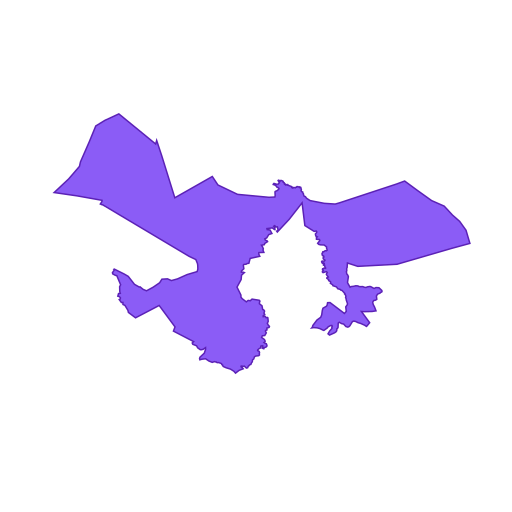 Santa María Ecatepec, Oaxaca, Mexico (Natural Earth projection), rotated 279°
{"feature_id": "50627088B69410007292717", "entity_name": "Santa María Ecatepec", "entity_type": "district", "adm_level": 2, "iso_a3": "MEX", "parent_name": "Mexico", "parent_adm1": "Oaxaca", "projection": "natural_earth1", "projection_center": [-95.911, 16.222], "detail": "fine", "context": "isolated", "style": "filled", "palette": "violet", "viewbox_px": 512, "rotation_deg": 279, "n_neighbors": 0, "source": "geoboundaries", "source_scale": "gbopen_adm2", "svg_char_len": 6157}
<svg xmlns="http://www.w3.org/2000/svg" viewBox="0 0 512 512"><g transform="rotate(279 256 256)"><path d="M354.6,139.8L350.9,139.4L374.9,98.3L366.4,85.6L359.4,77.4L342.9,73.5L321.5,67.9L316.9,67.6L302.8,58.9L287.1,46.7L287.4,70.0L286.9,95.2L285.6,95.3L283.0,94.1L282.5,96.0L282.6,96.5L245.2,190.0L243.1,197.1L239.3,199.4L237.7,199.9L234.0,200.6L231.4,200.3L226.9,190.9L221.1,182.0L218.5,176.3L219.6,172.2L218.4,166.7L214.5,165.0L209.1,159.3L204.5,153.3L205.4,149.7L207.4,146.3L207.1,145.5L209.0,140.4L215.9,133.0L217.6,128.6L220.9,118.1L220.6,117.7L220.1,118.3L217.1,116.8L215.9,117.3L214.9,120.1L214.8,121.6L206.4,126.8L204.4,126.1L199.6,127.0L197.9,127.8L197.4,126.1L194.7,125.8L194.5,127.3L193.6,128.6L192.4,128.7L191.6,127.7L189.0,130.3L189.3,131.8L187.3,132.2L186.7,134.3L182.3,138.0L180.3,138.8L176.1,146.7L192.0,168.1L173.3,187.1L168.9,186.2L161.7,207.8L160.1,206.6L158.9,207.4L158.0,211.4L156.2,212.7L154.8,215.5L154.8,216.4L155.5,218.3L157.6,220.5L155.9,220.8L151.9,220.1L147.3,216.5L145.8,216.3L144.7,216.8L145.6,218.7L146.6,222.3L144.9,225.9L144.1,229.4L145.2,231.5L145.0,232.4L145.2,233.0L144.6,234.3L144.9,235.8L144.5,238.0L144.3,238.8L143.4,239.2L143.1,240.1L142.4,240.3L141.7,241.1L140.9,244.1L140.3,248.4L138.7,252.2L137.1,254.1L140.4,257.2L142.6,261.0L143.6,260.0L143.9,258.9L144.5,258.5L145.0,258.6L145.1,260.8L145.4,261.7L143.8,264.0L144.3,265.2L146.2,265.7L146.4,266.2L147.4,266.6L148.1,267.9L149.9,268.3L150.9,268.9L152.8,268.8L154.0,269.9L156.1,270.2L157.1,271.3L158.0,274.3L158.8,274.9L160.4,274.5L161.2,274.6L162.2,274.1L162.6,273.5L162.5,272.9L163.1,272.3L163.6,272.4L165.2,273.8L166.0,275.1L167.7,274.8L168.1,275.4L168.0,275.8L168.4,276.5L168.2,276.9L166.0,276.7L165.6,277.8L165.7,278.3L166.7,278.3L167.6,280.1L168.5,280.8L169.5,280.8L171.0,279.9L171.1,278.9L171.8,277.4L172.7,278.2L173.2,278.4L174.3,277.8L174.9,277.3L176.4,274.3L178.2,274.7L178.8,277.1L181.7,278.2L182.9,277.2L183.9,277.1L184.7,278.4L186.5,278.0L187.5,280.1L188.6,280.3L189.8,278.8L191.3,277.7L193.3,278.3L196.8,277.4L197.1,276.9L196.6,275.7L197.8,274.6L197.2,272.6L198.0,272.4L199.6,273.8L200.8,272.8L202.9,273.1L204.0,272.1L204.2,271.0L207.8,269.7L209.4,266.8L211.9,266.7L212.1,266.9L212.8,266.1L212.8,258.8L210.9,257.3L210.9,255.2L209.2,253.6L211.7,249.0L213.0,247.6L215.1,247.2L222.3,242.1L230.4,245.0L234.8,244.7L237.8,247.1L238.0,245.9L237.7,244.1L238.8,243.9L241.5,246.0L245.0,244.9L245.7,245.2L246.4,247.6L247.1,248.3L247.7,250.1L252.7,250.6L256.3,259.8L258.4,258.4L259.8,258.3L260.8,263.2L262.9,262.0L264.3,262.1L266.0,261.1L267.5,259.7L268.5,262.5L269.7,262.6L272.0,265.2L272.6,264.8L273.2,262.7L274.3,262.0L275.6,263.8L279.1,265.2L280.7,268.2L283.9,265.8L283.8,262.9L284.8,262.5L286.3,267.7L285.0,270.1L285.1,270.6L286.8,270.1L288.1,268.8L288.9,269.7L287.8,271.2L288.1,272.6L284.8,273.8L283.8,272.5L283.0,273.3L297.5,283.1L315.7,293.2L293.7,299.5L289.4,309.6L290.1,311.5L289.5,312.2L288.6,312.2L287.0,311.2L285.1,311.9L284.5,313.5L283.7,312.8L282.0,313.1L282.2,316.1L281.2,316.6L278.2,314.9L277.3,316.1L277.1,317.8L277.5,321.6L276.0,324.3L274.9,324.4L273.0,325.4L272.2,324.8L272.1,323.5L271.0,322.5L270.7,321.4L270.2,321.5L268.9,320.8L267.3,321.2L266.5,322.9L265.7,323.2L265.6,322.6L264.1,322.7L263.6,323.1L262.8,324.7L262.4,324.8L261.6,324.2L261.3,322.0L260.6,321.7L259.4,322.4L259.2,322.9L259.4,322.8L259.8,323.8L259.4,324.6L258.5,324.6L258.0,324.0L257.5,324.1L257.7,325.1L256.2,325.7L255.0,326.7L254.7,326.5L254.7,325.1L254.1,324.6L253.8,323.8L252.8,323.8L252.3,324.7L250.7,324.0L250.1,324.7L250.2,325.2L251.3,327.2L251.5,328.1L251.3,328.5L250.7,329.0L249.8,328.5L248.7,328.4L246.6,330.7L245.6,329.4L245.1,329.4L244.0,331.5L243.3,331.5L242.9,331.9L242.4,333.5L241.8,333.9L240.7,333.7L239.5,336.3L238.7,336.6L238.1,340.2L237.5,341.0L236.5,341.7L236.1,344.6L235.6,345.0L235.4,346.4L232.9,349.6L232.4,349.4L231.6,350.4L230.2,351.1L228.8,351.0L228.2,351.6L226.7,352.0L223.3,353.8L222.2,353.8L219.8,352.6L215.4,353.8L213.1,352.3L221.6,336.4L221.1,334.0L218.5,333.9L217.4,333.4L214.9,330.3L212.6,330.0L208.2,330.1L205.6,329.5L202.3,326.2L196.3,323.0L194.5,322.8L193.7,322.3L194.3,324.2L194.6,327.6L194.3,330.4L193.1,334.3L193.2,334.8L196.1,337.7L197.4,338.4L199.0,340.6L199.3,341.8L198.7,342.2L198.1,342.3L197.7,342.0L196.3,342.3L193.5,340.5L190.4,339.3L189.4,341.0L192.4,345.6L193.4,346.7L194.7,347.4L196.8,347.3L197.4,347.9L198.3,348.2L202.6,347.7L203.6,348.6L202.6,351.1L202.5,353.2L200.4,355.8L200.1,357.8L200.8,358.9L201.7,359.6L206.3,361.5L207.0,362.8L206.9,364.7L206.1,367.2L205.8,369.8L204.6,374.2L203.7,376.1L204.0,376.4L207.9,378.7L217.7,368.8L218.0,371.9L219.4,379.5L220.6,383.1L224.1,381.1L226.4,379.4L228.2,378.6L229.0,378.6L230.4,379.2L231.1,381.0L232.1,382.1L235.3,381.2L237.0,381.9L237.6,382.4L238.6,384.2L239.6,384.9L240.1,385.8L241.0,386.0L241.7,385.6L243.9,382.4L243.6,379.4L242.4,377.7L243.7,374.1L243.7,373.1L242.9,370.7L242.1,369.6L242.1,367.9L242.5,366.2L242.0,363.6L242.0,362.3L242.4,361.4L242.2,359.2L241.4,357.3L240.7,354.8L239.9,353.8L243.8,350.7L244.4,350.5L250.0,350.5L251.4,349.7L252.6,348.4L254.8,347.7L255.5,348.0L257.9,347.5L258.9,347.8L263.4,347.4L261.7,358.1L269.9,396.6L294.3,448.4L301.9,465.3L314.3,459.4L322.1,451.7L327.2,443.6L334.7,434.1L338.2,420.8L346.1,405.0L353.3,391.1L349.1,383.6L321.6,330.2L319.7,326.1L318.7,315.2L319.2,300.8L321.0,296.8L322.4,295.5L322.5,294.3L324.2,293.2L324.7,293.2L326.1,292.1L326.5,292.1L326.8,290.9L327.5,290.3L328.4,290.5L330.8,289.5L330.9,289.1L330.5,288.5L331.1,288.2L330.8,287.5L331.1,286.5L330.9,285.5L330.3,285.4L329.9,284.2L329.5,284.1L329.6,283.2L329.3,282.3L329.6,281.7L328.9,281.6L329.2,280.6L330.2,280.0L330.8,277.0L331.4,276.3L330.9,276.1L331.2,274.9L330.8,274.4L331.6,273.9L331.2,273.3L331.5,272.8L332.7,272.5L333.0,271.5L333.5,271.4L333.5,271.1L334.2,270.8L334.6,268.8L333.5,268.0L334.4,266.9L334.4,266.3L334.0,266.0L332.0,267.6L330.5,266.7L330.1,265.2L330.5,262.4L329.8,261.9L329.3,261.8L329.1,263.3L328.4,264.8L327.1,266.1L327.1,266.8L326.4,268.1L325.7,268.1L323.9,266.7L322.9,265.0L322.3,264.7L318.5,265.5L317.2,265.4L316.0,259.6L314.0,228.1L320.2,207.3L327.7,200.4L300.8,166.7L340.1,147.3L354.6,139.8Z" fill="#8b5cf6" stroke="#5b21b6" stroke-width="1.5"/></g></svg>